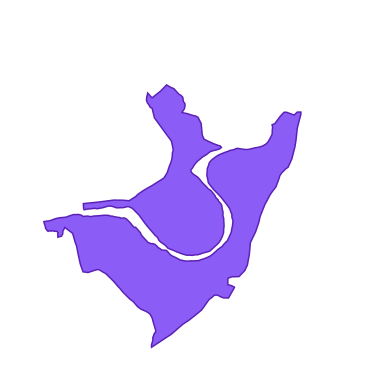 the district of Nag Hammadi, Qina, Egypt, rotated 318°
{"feature_id": "37247803B20461221508658", "entity_name": "Nag Hammadi", "entity_type": "district", "adm_level": 2, "iso_a3": "EGY", "parent_name": "Egypt", "parent_adm1": "Qina", "projection": "natural_earth1", "projection_center": [32.278, 26.068], "detail": "fine", "context": "isolated", "style": "filled", "palette": "violet", "viewbox_px": 384, "rotation_deg": 318, "n_neighbors": 0, "source": "geoboundaries", "source_scale": "gbopen_adm2", "svg_char_len": 5665}
<svg xmlns="http://www.w3.org/2000/svg" viewBox="0 0 384 384"><g transform="rotate(318 192 192)"><path d="M62.1,135.9L65.5,137.5L67.8,136.7L69.9,134.7L72.2,133.9L73.8,133.2L75.5,142.3L75.6,142.9L71.5,151.3L71.2,152.0L70.0,155.1L66.3,161.1L63.2,166.6L62.9,167.0L60.7,171.0L59.8,173.0L58.9,175.3L57.6,178.4L60.8,182.2L61.2,182.4L64.8,184.0L67.6,185.2L69.6,186.3L70.1,186.5L71.2,188.2L71.8,190.5L73.3,195.0L73.7,201.1L74.0,206.1L73.8,213.5L73.9,215.3L73.6,219.7L73.7,221.2L74.1,228.9L74.1,229.5L75.0,234.4L74.8,240.6L75.6,244.8L77.5,249.0L78.8,252.6L79.0,255.1L78.1,258.9L75.5,264.0L74.0,267.2L72.5,270.4L71.4,271.7L69.8,271.8L68.1,272.5L67.0,273.2L65.4,274.0L63.8,275.9L61.6,277.3L60.1,278.2L59.4,278.7L58.1,280.3L67.8,281.8L73.5,282.6L81.5,283.9L96.2,284.1L104.7,285.3L114.0,285.9L120.0,286.1L124.5,285.2L132.8,283.3L136.2,283.7L138.5,283.6L140.2,284.1L142.0,285.8L143.3,289.4L144.6,291.8L148.2,295.2L159.8,291.3L159.8,290.7L158.5,287.7L156.6,284.8L159.5,281.7L160.9,280.1L164.9,281.7L170.3,286.3L178.7,285.7L184.2,283.4L192.9,276.7L201.5,268.7L212.5,264.2L221.3,259.3L222.6,258.4L226.2,255.8L237.7,250.1L242.1,248.6L248.2,246.3L252.1,245.4L257.7,244.4L265.9,240.1L268.1,238.7L270.9,237.9L277.1,237.5L279.9,237.9L283.2,236.5L288.2,234.3L298.6,227.4L304.5,222.6L305.7,221.5L312.6,215.3L318.6,211.2L325.1,207.0L326.4,205.4L325.2,204.7L325.1,204.1L323.4,203.0L321.7,203.1L319.4,203.2L318.2,200.9L316.3,197.3L315.7,196.1L313.9,194.4L312.7,194.4L308.2,194.8L303.8,195.7L299.3,196.6L299.2,196.6L296.5,195.6L295.3,197.7L292.1,200.7L290.2,202.7L287.1,203.9L284.7,204.8L281.4,205.8L278.7,205.8L276.2,205.3L274.0,204.6L270.8,202.9L269.2,201.8L266.5,200.3L263.4,198.7L261.7,197.5L259.8,195.8L258.5,194.2L257.2,192.8L256.2,191.4L254.8,189.8L253.3,189.0L253.1,189.0L251.5,188.6L248.2,186.6L245.0,185.5L243.3,184.7L239.5,183.3L236.2,182.2L232.1,181.6L227.9,181.3L224.5,181.8L221.7,183.5L219.2,184.7L217.8,186.1L215.8,188.0L213.9,189.9L213.0,191.7L210.4,196.0L210.1,198.0L209.7,204.8L210.0,210.9L210.1,215.4L209.8,219.7L209.4,225.6L208.8,229.6L207.5,232.9L206.5,235.5L204.9,237.3L204.3,238.4L203.4,240.6L202.8,241.2L201.8,242.1L199.1,244.5L196.8,246.1L194.2,248.2L189.9,250.1L185.7,251.9L181.8,252.0L177.8,252.6L172.8,252.0L170.3,252.1L166.9,252.1L163.3,251.9L159.9,251.0L156.3,249.7L152.8,248.0L151.0,247.4L147.5,244.6L144.9,242.3L142.2,240.2L140.3,238.1L138.9,236.1L137.7,234.6L137.5,233.6L137.4,233.5L136.2,230.4L135.3,228.0L134.6,226.7L133.9,223.8L133.9,222.5L134.0,221.9L134.0,220.8L134.0,219.5L133.8,218.0L132.6,216.9L131.5,215.7L130.7,215.0L130.5,213.7L130.3,212.7L129.7,210.9L129.7,208.4L129.4,206.0L128.2,204.0L127.1,203.2L126.9,202.7L126.4,201.6L125.6,200.2L125.5,192.4L125.6,189.6L126.4,187.9L126.5,184.9L126.5,180.5L125.4,179.5L125.3,178.6L125.2,177.3L125.4,175.9L125.5,173.6L125.4,170.7L125.2,168.1L124.4,166.0L121.6,163.9L121.3,162.7L120.8,162.2L119.8,161.0L117.9,158.6L116.8,156.9L115.1,155.0L114.5,153.6L114.2,153.4L112.1,151.3L110.9,150.3L109.5,149.2L107.7,147.9L106.1,146.7L104.2,145.2L103.3,144.4L103.2,144.3L101.4,143.3L99.8,142.1L98.4,140.0L97.5,139.5L96.5,138.6L95.1,137.6L94.5,136.8L94.5,136.0L93.9,134.6L93.7,134.3L92.7,132.8L91.4,131.8L90.9,131.3L89.0,129.6L86.8,128.6L84.2,127.4L81.9,126.6L78.4,124.1L77.0,123.0L75.3,121.9L72.3,120.3L69.0,119.0L66.5,117.9L64.2,116.2L62.1,114.9L61.0,116.8L60.0,119.4L59.0,120.7L58.6,123.2L58.6,123.8L58.7,125.0L60.4,125.5L61.0,126.7L62.8,127.8L63.4,129.0L64.6,130.2L65.2,130.7L65.3,132.6L64.2,133.3L63.7,133.9L62.6,135.2L62.1,135.9ZM100.6,131.4L99.9,132.9L100.5,133.4L103.0,134.8L104.9,136.3L108.6,138.9L110.6,141.2L113.0,142.6L115.0,143.9L117.2,144.9L120.2,146.4L121.8,147.7L123.1,149.2L124.0,150.9L124.3,151.2L124.9,152.7L126.7,154.5L128.5,155.9L130.1,157.4L132.6,158.8L134.5,159.8L135.3,160.8L135.7,162.0L136.7,164.0L136.9,166.9L137.1,171.7L137.2,173.6L136.8,177.1L136.8,177.8L136.2,182.9L135.9,187.0L135.8,191.0L135.7,195.3L135.6,199.7L136.0,202.7L135.1,205.6L135.2,208.3L135.9,211.0L136.5,214.0L136.5,217.7L137.8,220.4L139.2,223.0L140.3,225.7L142.9,230.7L144.1,232.8L145.7,235.3L147.6,237.0L149.9,239.4L152.5,240.9L154.3,242.5L156.3,243.5L159.1,244.6L162.4,246.3L164.3,247.3L166.3,247.9L168.2,247.8L170.5,247.8L173.3,247.8L177.3,247.7L179.9,247.2L182.4,246.3L184.9,245.3L188.3,243.3L190.6,240.9L193.1,238.7L195.5,235.7L196.9,234.0L198.1,232.5L199.2,230.2L200.0,229.4L201.0,228.4L202.0,227.0L202.8,225.4L203.4,224.2L204.2,223.3L205.2,221.8L205.6,220.0L205.6,216.6L206.1,215.6L206.0,212.1L206.3,210.8L206.7,209.8L206.9,206.6L207.0,203.8L206.7,202.4L206.2,200.8L206.2,196.9L206.0,193.3L205.9,190.8L206.0,190.4L206.2,188.0L206.2,184.9L205.7,182.8L205.4,181.8L204.9,179.8L204.8,178.4L204.8,177.0L205.2,175.8L205.9,174.9L206.5,174.7L207.4,174.7L208.7,174.4L211.6,173.5L215.1,172.9L215.9,172.9L217.5,172.8L218.9,172.9L220.2,173.0L223.2,173.0L225.0,173.4L227.8,173.9L232.6,174.2L235.2,175.4L237.3,176.5L239.4,177.6L241.6,178.5L243.7,178.6L243.7,176.3L242.8,175.2L240.3,170.4L237.7,164.4L236.3,160.8L237.8,156.4L238.7,155.2L244.6,147.3L246.5,140.4L245.2,137.4L243.4,135.0L242.1,132.6L241.2,131.1L240.3,129.7L238.4,127.3L237.8,126.2L242.0,125.1L244.3,123.4L245.8,121.8L246.2,118.9L248.5,115.5L248.5,113.0L247.7,110.6L247.7,103.1L246.1,99.8L244.8,95.4L236.1,96.0L225.4,95.3L225.3,94.9L225.3,88.8L221.6,91.4L219.5,93.4L218.5,95.9L218.1,99.7L217.6,100.9L218.3,103.3L213.7,111.7L211.5,132.8L210.8,140.3L208.7,144.0L206.2,148.2L203.4,150.0L201.9,151.6L199.5,153.7L196.5,155.7L191.8,158.0L186.5,161.1L185.4,161.4L180.4,162.8L167.3,160.6L161.0,159.2L156.4,158.3L150.1,157.5L147.3,157.7L139.4,156.4L135.2,151.9L128.5,145.7L115.2,136.5L103.5,127.9L101.3,130.6L100.6,131.4Z" fill="#8b5cf6" stroke="#5b21b6" stroke-width="1.5"/></g></svg>